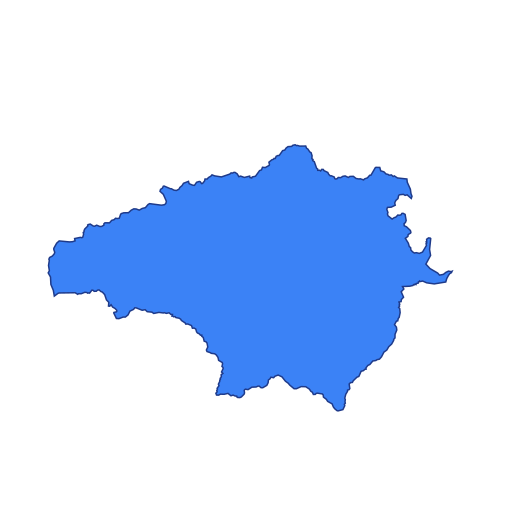 outline of Jaen, Cajamarca, Peru, rotated 216°
{"feature_id": "86281439B77742651017236", "entity_name": "Jaen", "entity_type": "district", "adm_level": 2, "iso_a3": "PER", "parent_name": "Peru", "parent_adm1": "Cajamarca", "projection": "mercator", "projection_center": [-79.01, -5.73], "detail": "fine", "context": "isolated", "style": "filled", "palette": "blue", "viewbox_px": 512, "rotation_deg": 216, "n_neighbors": 0, "source": "geoboundaries", "source_scale": "gbopen_adm2", "svg_char_len": 6136}
<svg xmlns="http://www.w3.org/2000/svg" viewBox="0 0 512 512"><g transform="rotate(216 256 256)"><path d="M395.6,105.0L394.2,109.5L393.5,110.4L380.7,120.0L377.7,120.2L377.5,121.1L375.2,122.8L373.1,126.1L371.2,127.1L370.3,127.0L369.3,128.2L368.8,128.2L368.7,131.9L367.7,132.5L366.2,132.3L364.5,133.6L364.2,135.1L363.1,136.3L360.5,136.1L359.1,136.5L355.7,135.8L351.2,132.6L347.9,132.0L345.9,128.8L344.8,129.4L344.6,131.4L342.0,130.4L339.3,130.7L337.0,130.3L336.2,129.7L336.1,128.8L337.8,126.8L337.6,126.3L332.2,123.4L330.1,124.7L327.6,128.5L325.8,129.8L324.9,133.1L325.6,137.3L323.7,140.8L323.6,142.9L322.5,143.6L316.2,145.2L314.1,147.4L311.3,147.0L307.2,149.4L305.0,149.4L301.4,153.3L297.4,155.5L297.0,156.2L294.8,156.9L292.9,159.0L290.6,158.7L289.2,159.6L288.7,158.0L287.8,158.5L286.9,158.4L285.9,159.4L284.6,159.1L281.6,160.5L279.8,160.6L278.5,160.0L273.9,160.2L272.8,159.6L271.2,160.9L267.3,161.8L265.0,160.2L263.7,161.3L261.8,161.5L259.5,159.7L258.1,159.3L256.2,159.7L254.4,159.3L253.3,160.1L252.7,159.2L250.8,159.1L247.8,156.6L246.2,157.2L244.5,156.8L241.5,154.0L240.9,150.8L239.5,149.9L236.0,151.0L235.1,150.9L232.0,152.6L229.9,152.6L227.1,151.6L224.9,149.6L220.7,150.0L219.7,149.2L218.6,146.6L217.3,146.5L216.4,145.6L215.7,141.9L213.8,141.6L214.4,139.4L213.3,138.3L212.9,136.9L213.1,136.0L212.2,135.1L212.4,134.4L211.6,133.1L211.1,130.2L209.7,129.3L209.7,126.1L208.9,125.7L208.7,124.1L207.6,123.3L207.8,121.4L206.2,120.3L204.4,121.5L203.6,123.3L200.5,125.4L197.9,128.4L194.1,128.2L192.8,130.0L190.7,130.4L189.2,131.3L188.5,130.7L187.6,130.8L185.8,132.0L185.0,133.3L184.4,137.2L184.8,138.5L186.6,140.4L186.6,141.3L186.2,142.1L183.9,143.2L182.2,147.5L178.9,150.1L177.9,151.9L176.9,152.6L174.5,152.4L173.1,153.4L171.2,157.7L171.7,160.6L173.1,163.0L172.5,164.8L172.7,166.7L170.2,167.9L170.0,169.9L168.1,172.7L164.0,173.5L158.6,172.0L155.1,172.0L152.9,171.4L147.2,171.0L145.3,172.4L142.7,176.9L138.9,179.5L134.6,179.7L132.2,178.8L130.3,178.9L128.2,177.7L126.7,178.9L126.6,180.1L125.8,181.1L121.2,183.4L120.0,183.1L118.5,181.5L114.8,181.4L112.6,180.5L107.5,181.1L104.8,179.4L102.6,178.7L99.6,178.5L98.6,178.9L95.4,182.8L96.2,187.1L97.4,188.0L97.2,189.4L98.4,190.5L99.4,192.4L100.6,193.1L102.1,196.9L102.4,200.2L103.1,201.3L102.1,202.7L102.2,203.9L105.4,207.2L105.1,209.1L103.7,210.4L104.0,212.2L103.1,217.3L102.0,219.0L103.2,224.5L101.7,226.4L101.3,228.4L100.4,229.2L101.3,230.2L101.2,233.2L100.1,235.2L99.8,239.7L97.6,241.9L97.2,243.2L95.5,245.1L95.2,248.2L96.0,253.4L94.9,256.8L95.3,260.7L94.5,264.5L95.0,268.6L95.6,269.5L95.4,271.4L97.5,274.4L98.6,278.9L100.6,281.0L103.6,281.9L104.1,285.9L103.2,286.8L104.2,289.1L104.1,290.5L106.1,294.9L108.9,298.0L110.4,298.2L110.4,299.9L111.4,300.5L111.3,301.4L113.3,302.8L111.8,304.4L112.8,306.2L112.4,309.4L117.5,312.4L117.0,316.2L119.5,317.4L113.8,322.0L111.7,324.4L111.7,325.5L110.9,325.8L110.8,326.8L109.8,326.9L110.1,328.0L108.8,329.5L109.4,330.6L108.9,331.1L109.0,331.8L108.3,331.7L106.4,333.7L102.2,334.6L95.4,338.2L87.2,346.5L88.4,349.8L88.9,353.5L88.9,355.6L88.1,357.4L88.4,358.9L88.9,358.1L91.4,356.9L92.8,354.3L93.6,351.3L96.3,348.4L99.0,349.0L107.9,348.1L113.8,349.3L115.1,359.1L119.4,363.3L124.9,372.8L125.6,372.9L127.1,372.0L127.8,369.8L126.5,368.3L126.7,367.4L125.5,367.0L125.7,366.0L124.3,364.7L123.6,357.0L125.4,354.1L128.3,352.9L129.6,351.5L131.8,351.4L134.2,351.9L135.9,353.7L137.5,353.7L140.3,355.9L145.6,358.1L144.6,361.1L145.5,362.8L144.4,365.4L144.6,366.2L146.1,367.4L151.4,368.1L153.9,367.6L155.2,369.2L154.8,370.9L155.4,373.0L159.8,377.3L162.1,377.0L163.0,376.2L162.9,374.5L164.2,373.0L165.3,372.6L165.8,369.4L166.7,368.4L167.6,365.9L172.8,366.1L174.4,367.3L174.8,368.7L177.7,370.7L178.2,372.6L175.3,375.0L173.2,378.9L175.0,380.5L175.5,383.1L174.9,385.9L176.1,388.6L176.0,389.8L173.0,392.5L171.0,392.7L169.7,394.3L164.2,393.8L164.9,396.0L167.2,397.5L170.4,400.8L177.0,404.6L179.2,407.0L187.4,402.3L191.2,402.1L191.8,400.9L194.1,401.2L195.8,399.6L197.3,399.6L198.9,398.8L202.0,399.3L205.2,398.2L207.9,400.4L211.1,398.2L211.4,397.5L210.5,389.0L211.5,388.1L211.8,384.7L213.5,382.2L213.7,380.8L217.2,379.7L217.8,378.9L220.7,377.5L224.0,377.7L226.8,375.6L227.5,373.8L230.9,373.2L232.6,371.5L233.5,369.2L235.6,367.9L235.9,366.0L237.0,365.0L237.8,364.9L239.1,365.9L242.2,365.2L243.0,364.5L245.2,364.8L247.0,365.8L251.4,365.0L252.3,365.6L253.7,364.8L253.7,362.8L254.8,362.8L256.4,361.6L257.2,362.6L258.5,362.6L264.3,366.6L266.2,366.5L266.6,367.6L268.0,367.6L269.6,370.1L272.2,372.0L273.6,371.8L276.9,373.0L278.5,372.9L280.4,374.2L285.2,370.6L287.5,369.8L288.2,369.1L289.7,369.0L291.3,367.2L291.6,365.6L294.4,363.3L295.1,361.0L295.0,358.6L296.4,356.9L296.3,351.0L297.4,350.1L298.3,348.5L297.7,346.3L298.8,345.5L298.7,344.5L299.7,343.2L300.7,339.5L298.8,337.8L298.6,337.1L300.5,333.0L302.9,331.6L302.2,328.9L303.3,327.2L303.3,320.2L305.5,317.8L305.3,316.6L307.0,315.9L308.1,316.9L311.6,312.7L315.4,311.6L316.5,310.1L319.5,311.4L322.1,311.3L323.0,310.7L323.8,309.2L325.0,308.6L325.4,306.8L330.5,299.6L336.6,296.5L339.3,295.8L339.5,293.9L340.6,291.5L340.7,289.6L342.5,288.3L341.7,286.5L341.9,283.3L342.6,282.6L344.8,283.3L345.7,283.0L347.4,280.7L347.3,277.0L348.8,276.1L352.6,275.2L354.5,276.7L357.4,272.2L357.2,269.5L357.9,266.7L357.6,264.8L358.9,262.2L361.2,261.0L364.0,260.7L364.8,260.1L371.4,258.6L372.0,258.0L371.6,255.8L372.4,253.8L371.7,251.9L367.2,251.4L360.7,247.6L359.8,245.4L360.2,243.7L362.4,241.5L372.9,235.8L373.6,234.2L373.9,230.1L376.0,227.6L377.4,224.5L380.6,223.6L382.6,222.3L383.9,219.7L384.6,216.1L388.4,213.2L389.8,211.3L390.1,210.3L388.8,206.2L390.2,204.8L391.8,204.0L392.2,201.9L393.7,200.0L394.0,196.7L397.7,194.1L398.0,192.7L397.2,191.5L398.2,189.3L399.6,188.1L403.0,187.3L404.1,185.2L405.2,184.6L408.9,184.4L410.3,182.7L410.4,182.1L409.7,181.4L410.4,177.3L410.1,175.6L409.3,174.5L409.6,173.5L408.3,172.3L407.2,169.4L407.6,168.5L409.1,167.8L413.0,163.5L411.3,161.9L412.8,159.8L415.1,157.8L424.1,152.5L424.8,149.2L424.1,143.4L423.4,142.4L421.0,140.7L420.5,139.3L420.7,136.3L422.1,133.5L421.7,131.7L420.6,130.9L418.3,126.4L414.5,122.6L414.2,120.2L409.9,118.2L405.2,112.4L399.8,109.1L395.6,105.0Z" fill="#3b82f6" stroke="#1e3a8a" stroke-width="1.5"/></g></svg>